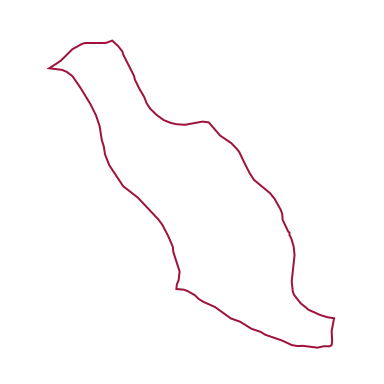 outline of San Miguel Acatán, Huehuetenango, Guatemala, rotated 6°
{"feature_id": "79465075B13081043036874", "entity_name": "San Miguel Acatán", "entity_type": "district", "adm_level": 2, "iso_a3": "GTM", "parent_name": "Guatemala", "parent_adm1": "Huehuetenango", "projection": "robinson", "projection_center": [-91.621, 15.749], "detail": "fine", "context": "isolated", "style": "outline", "palette": "rose", "viewbox_px": 384, "rotation_deg": 6, "n_neighbors": 0, "source": "geoboundaries", "source_scale": "gbopen_adm2", "svg_char_len": 1281}
<svg xmlns="http://www.w3.org/2000/svg" viewBox="0 0 384 384"><g transform="rotate(6 192 192)"><path d="M346.9,329.6L346.9,325.1L345.4,315.6L346.5,302.7L340.0,302.4L332.6,301.0L319.7,296.8L318.8,295.9L311.8,291.4L304.1,283.5L302.7,280.6L300.5,270.5L300.6,244.1L298.8,235.6L295.7,228.0L293.4,224.5L293.2,222.1L291.9,221.4L285.0,210.1L284.1,204.6L282.2,200.6L274.9,190.2L269.7,185.0L252.4,173.5L247.2,167.0L240.6,156.8L234.9,147.4L232.0,144.4L226.1,139.4L214.0,132.9L201.4,121.0L195.1,120.9L178.0,125.9L169.4,126.2L163.5,125.5L156.0,123.3L148.5,118.9L141.7,113.5L137.6,108.5L134.4,102.3L129.1,95.2L123.5,86.3L122.1,82.4L109.3,62.6L108.1,59.6L103.3,54.6L96.8,49.8L90.6,52.8L70.1,55.0L67.3,56.1L58.2,62.4L50.7,71.6L47.5,75.4L37.1,83.9L49.8,84.1L54.9,85.6L61.0,89.3L69.9,99.7L81.8,115.2L88.5,125.8L93.3,136.3L96.9,149.9L99.6,156.1L101.5,163.5L107.0,174.1L122.9,193.4L138.9,203.4L161.3,222.7L165.9,227.7L172.7,237.9L175.1,242.1L178.7,248.7L179.7,253.6L188.0,272.4L187.9,281.1L186.6,285.4L186.6,290.1L194.0,290.0L198.0,291.0L205.6,294.3L209.7,297.6L214.7,300.0L226.9,304.0L243.9,313.7L253.2,315.9L265.4,321.8L274.7,323.9L280.1,326.4L297.1,330.3L307.2,333.8L313.2,334.2L318.2,333.4L333.0,333.7L339.3,331.6L345.2,331.0L346.9,329.6Z" fill="none" stroke="#9f1239" stroke-width="2"/></g></svg>